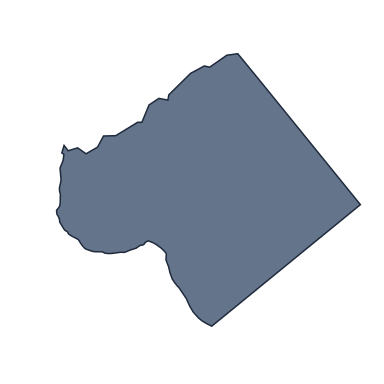 the district of Bon Homme, South Dakota, United States of America, rotated 51°
{"feature_id": "52423323B58231594942255", "entity_name": "Bon Homme", "entity_type": "district", "adm_level": 2, "iso_a3": "USA", "parent_name": "United States of America", "parent_adm1": "South Dakota", "projection": "mercator", "projection_center": [-97.963, 42.966], "detail": "fine", "context": "isolated", "style": "filled", "palette": "slate", "viewbox_px": 384, "rotation_deg": 51, "n_neighbors": 0, "source": "geoboundaries", "source_scale": "gbopen_adm2", "svg_char_len": 1228}
<svg xmlns="http://www.w3.org/2000/svg" viewBox="0 0 384 384"><g transform="rotate(51 192 192)"><path d="M113.3,69.4L107.6,78.9L106.1,99.7L101.8,103.1L98.9,118.4L101.9,148.9L105.4,152.9L98.4,158.8L97.3,170.6L106.3,187.1L103.6,190.4L100.2,215.9L92.8,225.5L97.7,237.2L95.6,250.3L85.7,253.1L82.0,262.3L75.3,262.1L79.7,268.6L81.9,268.0L82.4,268.1L86.4,272.4L90.3,279.4L91.0,280.0L99.7,285.8L101.1,287.1L105.5,292.6L108.5,294.7L110.8,295.6L117.6,301.4L119.6,303.6L120.3,305.5L120.9,308.6L122.3,309.8L124.5,311.0L127.6,311.4L128.8,311.9L131.0,312.8L131.9,313.7L139.8,314.8L141.6,314.9L144.8,313.8L146.3,314.3L147.2,314.3L150.7,313.2L157.3,310.3L164.2,311.0L168.0,310.8L169.4,310.5L175.4,306.8L177.1,305.3L182.2,299.2L184.6,298.3L187.7,295.2L189.4,292.8L194.1,285.1L196.0,283.1L196.7,281.8L198.3,276.3L200.5,270.8L200.9,265.8L202.3,263.4L202.4,261.8L201.9,260.4L201.8,259.3L202.5,256.7L206.8,254.2L210.2,252.9L215.9,251.3L220.8,250.7L223.3,250.7L224.5,251.4L228.3,254.9L233.7,256.7L235.3,257.2L241.0,260.0L247.2,262.1L251.5,262.5L256.3,262.6L257.9,262.3L271.1,263.5L279.7,265.7L286.1,266.6L294.2,266.2L298.8,265.2L303.7,263.4L308.7,261.1L307.8,69.1L151.4,69.2L113.3,69.4Z" fill="#64748b" stroke="#1e293b" stroke-width="1.5"/></g></svg>